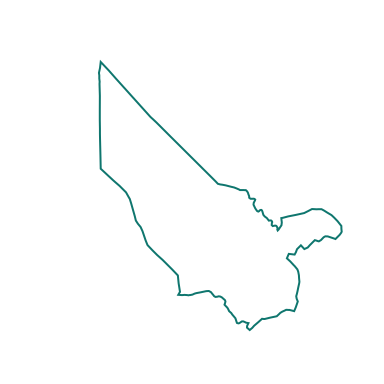 the district of Balad, Sala ad-Din, Iraq, rotated 45°
{"feature_id": "34846034B72296099204368", "entity_name": "Balad", "entity_type": "district", "adm_level": 2, "iso_a3": "IRQ", "parent_name": "Iraq", "parent_adm1": "Sala ad-Din", "projection": "natural_earth1", "projection_center": [44.1, 33.939], "detail": "fine", "context": "isolated", "style": "outline", "palette": "teal", "viewbox_px": 384, "rotation_deg": 45, "n_neighbors": 0, "source": "geoboundaries", "source_scale": "gbopen_adm2", "svg_char_len": 3066}
<svg xmlns="http://www.w3.org/2000/svg" viewBox="0 0 384 384"><g transform="rotate(45 192 192)"><path d="M255.0,274.4L256.9,272.8L258.2,271.6L259.4,270.1L261.5,268.3L262.6,267.5L263.0,266.8L263.7,266.0L264.9,264.2L265.7,262.0L266.6,260.4L268.8,257.2L270.5,254.6L272.2,252.0L273.9,250.1L276.3,249.4L277.8,249.6L280.0,249.8L281.3,250.0L282.8,249.6L283.9,248.2L284.7,246.8L286.0,245.9L287.6,245.4L289.5,245.3L290.9,245.2L291.9,245.2L293.1,245.8L293.7,246.8L294.7,248.7L297.2,248.8L298.7,248.8L300.3,249.2L302.5,250.0L304.3,249.9L305.3,249.8L306.2,250.0L307.3,250.2L308.6,250.3L311.0,250.5L312.0,250.6L316.3,252.8L317.6,252.2L318.2,251.3L318.8,248.2L319.8,247.2L321.3,246.6L322.6,246.2L324.6,244.8L325.7,247.8L326.8,249.0L330.4,248.8L330.7,245.5L330.5,242.7L330.9,237.4L331.2,232.1L332.6,231.0L333.2,230.4L336.1,225.6L339.3,220.7L339.8,219.9L339.9,216.8L339.9,215.0L340.4,212.9L341.3,210.5L341.9,208.7L342.6,208.1L344.4,206.4L348.5,204.0L346.9,200.1L344.5,195.2L344.2,194.6L341.4,193.4L339.4,192.0L338.1,189.7L336.6,187.3L334.8,184.6L332.5,181.0L331.5,179.6L328.5,177.1L326.5,175.3L323.4,173.2L321.2,172.2L317.1,171.8L315.4,171.8L310.5,171.6L306.0,171.8L304.2,167.3L308.8,163.7L308.0,161.0L306.7,158.2L306.7,152.7L311.8,152.9L313.1,149.4L312.9,146.4L312.9,142.9L312.9,139.2L314.3,138.4L315.6,137.8L316.6,137.2L317.2,134.8L317.1,130.9L317.6,129.1L319.4,127.4L325.8,124.2L326.7,123.8L326.7,120.5L326.7,117.8L326.3,115.2L325.9,114.2L323.8,112.5L321.6,110.4L315.6,109.7L310.8,109.6L307.0,109.7L302.3,110.9L298.7,111.7L296.6,112.3L295.7,112.6L291.9,116.5L289.1,119.0L288.9,119.2L287.6,123.4L286.2,127.6L281.6,134.8L277.3,141.2L274.5,146.0L273.6,147.3L277.1,150.1L278.8,152.3L279.2,154.5L279.8,157.4L279.8,158.6L278.8,158.2L278.1,157.1L277.7,156.8L276.7,156.6L276.3,156.4L275.4,156.4L274.6,156.9L274.0,157.7L273.2,159.0L272.3,159.0L271.7,159.0L271.0,158.1L270.4,157.5L270.1,156.7L269.4,156.2L268.1,156.2L267.3,156.9L266.6,157.9L265.0,157.7L263.3,157.5L260.7,157.9L258.6,157.7L257.5,157.1L257.0,156.8L255.5,156.0L254.6,155.6L253.8,155.6L253.5,155.9L253.2,156.2L253.1,156.4L252.9,157.1L253.0,158.1L252.7,159.0L251.5,159.4L249.6,159.1L248.2,158.8L244.5,157.5L243.7,156.5L243.3,156.0L242.5,153.5L242.1,152.7L241.1,152.7L240.8,152.9L240.4,153.1L239.1,154.5L238.1,155.4L236.5,155.6L235.3,154.5L233.4,153.7L232.4,153.1L231.4,152.8L230.7,152.6L228.8,152.6L227.3,154.0L224.6,156.7L223.4,157.0L220.9,158.0L218.6,159.0L216.5,160.3L214.5,161.5L211.1,163.5L208.3,165.4L206.6,166.7L204.5,167.9L201.0,167.8L136.6,168.0L117.5,168.0L109.4,168.3L57.9,165.6L46.8,164.9L35.5,164.6L39.3,169.4L42.0,173.6L43.9,175.0L46.3,177.4L48.7,179.3L50.1,180.9L58.9,189.2L69.2,199.6L75.9,206.3L82.1,212.3L85.5,215.7L88.5,218.6L101.2,230.7L111.0,240.1L127.4,239.5L130.8,239.3L136.4,238.9L141.4,238.9L145.6,238.9L151.3,240.5L152.9,240.9L156.9,243.0L168.7,249.6L172.5,251.9L176.2,252.7L180.4,253.1L184.7,254.7L193.4,259.0L197.6,260.8L198.2,261.0L205.4,261.2L212.0,261.2L219.2,260.8L232.9,260.8L241.0,261.0L247.1,266.0L254.1,271.1L255.0,274.4L255.0,274.4Z" fill="none" stroke="#0f766e" stroke-width="2"/></g></svg>